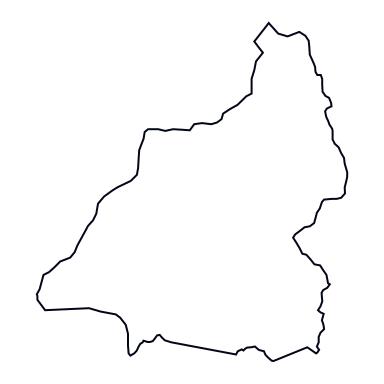 Selama, Perak, Malaysia
{"feature_id": "92858781B87749635219289", "entity_name": "Selama", "entity_type": "district", "adm_level": 2, "iso_a3": "MYS", "parent_name": "Malaysia", "parent_adm1": "Perak", "projection": "albers", "projection_center": [100.834, 5.252], "detail": "fine", "context": "isolated", "style": "outline", "palette": "ink", "viewbox_px": 384, "rotation_deg": 0, "n_neighbors": 0, "source": "geoboundaries", "source_scale": "gbopen_adm2", "svg_char_len": 2192}
<svg xmlns="http://www.w3.org/2000/svg" viewBox="0 0 384 384"><path d="M268.7,23.0L267.6,24.5L254.3,41.5L259.5,48.4L262.9,52.7L256.0,61.4L254.3,70.1L251.6,78.8L251.6,93.6L246.4,96.2L237.6,104.8L229.8,109.2L223.1,113.6L221.5,119.2L217.0,122.5L211.4,124.2L202.0,123.1L194.2,124.2L189.8,130.3L183.1,129.8L173.1,129.2L165.3,130.9L158.1,129.2L148.1,129.2L144.7,132.0L143.8,137.4L143.6,138.7L140.8,145.9L139.2,150.3L138.6,159.2L138.1,168.1L136.9,174.8L130.8,180.9L118.0,187.0L112.5,190.4L104.1,196.5L98.0,203.7L96.3,213.7L93.0,220.4L88.0,225.9L84.7,232.1L77.4,245.4L74.7,252.1L70.2,257.6L65.8,259.3L60.2,261.5L54.1,267.6L49.1,272.1L43.5,274.9L39.6,289.3L36.8,294.3L37.4,295.9L37.4,299.8L45.1,310.2L89.0,308.2L100.8,311.6L115.8,314.4L120.2,317.7L125.8,324.9L128.0,333.8L128.0,345.5L128.6,353.3L128.8,353.6L130.4,355.6L134.2,353.4L136.8,350.6L138.5,346.8L140.2,343.9L142.6,342.4L143.5,340.7L147.7,342.0L149.9,342.0L152.8,341.1L154.7,338.7L157.1,335.4L159.7,334.9L161.9,337.5L164.8,340.3L171.2,342.3L236.1,354.5L237.7,351.3L241.8,349.4L243.4,350.5L245.7,348.3L247.6,347.5L251.2,347.3L254.9,346.5L258.8,349.9L264.0,351.3L265.4,354.7L267.8,357.3L271.7,360.7L273.5,361.0L307.3,347.3L316.1,353.4L317.3,352.6L319.1,349.8L316.9,346.6L318.7,342.3L318.7,336.9L320.5,332.7L324.1,329.1L323.4,324.5L321.9,320.2L323.7,313.8L320.5,312.4L318.0,310.2L320.5,306.3L322.3,301.4L321.9,297.1L321.6,292.8L323.3,290.0L327.3,287.8L329.8,284.3L328.0,283.2L326.5,275.0L322.6,269.3L320.1,265.4L314.4,264.3L310.5,259.4L306.3,254.7L302.3,253.7L299.5,248.0L296.3,242.6L293.1,237.7L295.2,234.4L299.5,231.2L304.5,227.3L309.8,226.3L314.1,223.1L315.5,218.1L316.9,212.7L319.8,208.5L321.9,202.1L324.0,199.6L331.5,198.9L336.5,198.9L341.1,197.8L345.0,193.5L344.7,187.5L346.1,181.8L347.2,176.8L347.2,172.2L344.7,163.6L344.0,157.9L341.1,153.0L338.6,147.3L334.7,143.7L332.6,139.4L332.6,130.9L332.2,128.8L329.4,124.5L328.3,121.3L326.2,116.7L325.1,111.3L326.9,108.5L331.5,106.3L331.1,102.8L329.0,97.8L325.5,96.0L322.6,91.8L322.2,85.0L322.2,79.0L320.8,75.0L317.3,75.0L315.5,71.8L315.1,66.9L313.4,62.6L309.8,54.7L309.3,46.9L308.7,40.8L305.4,35.8L299.3,31.9L287.6,36.4L278.2,33.6L268.7,23.0Z" fill="none" stroke="#020617" stroke-width="2"/></svg>